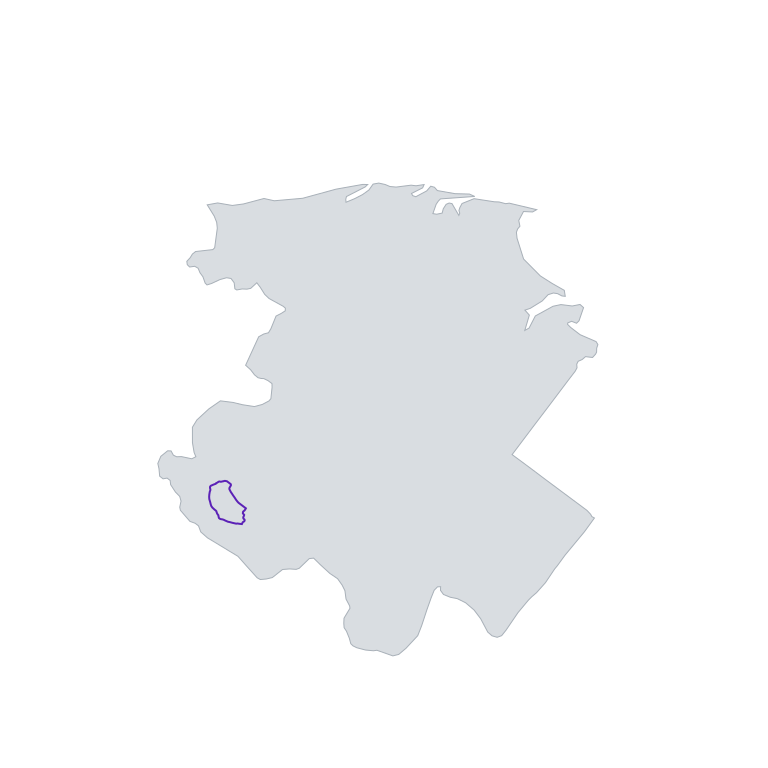 location of Djouori-Agnili, Haut-Ogooué, Gabon, rotated 127°
{"feature_id": "22940354B21948278538135", "entity_name": "Djouori-Agnili", "entity_type": "district", "adm_level": 2, "iso_a3": "GAB", "parent_name": "Gabon", "parent_adm1": "Haut-Ogooué", "projection": "orthographic", "projection_center": [13.959, -1.472], "detail": "fine", "context": "in_parent", "style": "outline", "palette": "violet", "viewbox_px": 768, "rotation_deg": 127, "n_neighbors": 0, "source": "geoboundaries", "source_scale": "gbopen_adm2", "svg_char_len": 4584}
<svg xmlns="http://www.w3.org/2000/svg" viewBox="0 0 768 768"><g transform="rotate(127 384 384)"><path d="M520.1,146.2L519.7,151.8L513.3,165.5L510.3,176.0L509.6,187.2L511.3,196.3L514.4,202.7L516.3,209.8L514.8,214.7L511.8,216.8L513.8,219.2L518.5,219.8L526.3,217.7L538.4,213.9L554.3,208.5L564.7,205.6L581.9,207.4L591.1,209.5L595.8,213.3L600.9,229.4L603.4,231.9L607.6,238.7L611.0,247.0L611.8,251.2L611.4,254.2L607.9,258.7L604.0,265.2L602.6,269.2L599.3,272.1L595.1,275.0L583.6,276.2L581.9,277.9L578.6,284.9L572.6,290.8L569.8,296.4L567.4,303.9L567.9,313.1L566.6,326.4L565.4,335.4L568.4,338.6L582.2,340.8L584.9,342.6L588.5,348.1L593.2,353.4L605.8,356.7L610.6,360.7L614.6,365.1L615.1,368.7L612.3,383.1L609.5,397.0L610.6,407.6L611.6,417.7L613.1,432.4L612.4,441.3L608.9,446.8L608.9,451.1L610.5,456.3L607.4,470.6L605.3,473.0L599.7,475.6L596.7,479.5L595.8,485.5L592.8,493.8L589.7,496.8L589.7,500.6L592.7,503.4L592.6,507.7L587.0,512.8L583.6,516.8L576.1,518.7L567.6,516.6L565.6,513.8L567.6,509.4L566.9,505.8L563.9,502.1L559.4,492.5L555.3,490.5L553.0,494.4L546.1,501.7L533.8,511.0L525.2,511.8L509.3,508.9L495.9,504.5L489.6,493.5L485.7,484.5L480.0,473.9L473.6,468.9L466.8,465.7L463.8,465.5L454.0,471.4L451.1,473.7L451.1,478.6L452.0,483.2L453.5,485.4L454.8,488.4L454.6,493.0L452.9,499.1L452.3,505.8L421.7,512.5L416.4,510.1L412.6,507.1L407.9,507.6L394.7,511.1L389.8,508.7L385.0,506.9L382.8,508.4L382.6,511.3L384.9,527.2L384.2,533.2L381.2,541.1L379.7,546.5L387.8,548.0L390.7,550.5L393.5,554.5L397.5,558.2L397.7,560.4L393.3,564.6L391.8,569.7L393.9,573.7L399.4,577.9L407.5,582.2L411.4,585.0L411.0,587.6L407.3,593.2L405.9,597.9L403.4,602.1L403.9,606.0L407.5,609.6L407.1,612.9L404.7,615.3L399.7,614.8L395.5,615.2L391.6,614.2L379.7,601.6L377.1,601.2L359.9,610.9L355.6,614.9L352.1,620.6L347.3,633.0L339.5,625.8L332.7,612.6L324.8,604.6L308.1,591.5L303.7,581.9L284.6,560.7L257.3,539.6L237.5,521.2L234.5,517.1L237.9,517.6L256.9,526.8L259.5,525.7L261.7,523.7L253.5,518.9L245.6,515.1L238.2,512.8L230.9,513.0L226.7,509.1L224.0,503.2L222.7,498.1L219.4,492.8L208.9,482.0L206.4,477.7L200.6,472.0L204.1,471.2L215.3,476.7L216.3,474.5L215.3,471.3L204.1,466.1L197.9,465.7L196.5,462.1L197.4,457.8L189.3,441.9L180.9,430.1L179.6,424.4L202.2,450.3L205.2,450.7L209.1,450.5L218.5,447.5L216.7,444.1L212.5,440.4L208.4,442.1L203.1,442.5L200.3,440.9L199.0,438.3L204.3,425.7L202.0,426.3L200.3,428.6L197.4,429.6L192.9,430.3L181.8,423.6L172.0,405.4L169.4,401.7L166.8,395.4L164.2,392.8L152.9,367.0L157.2,368.9L162.3,376.4L172.3,374.8L176.2,370.4L179.6,370.6L183.1,369.6L187.5,365.5L200.2,347.7L203.6,324.2L202.5,310.3L200.7,296.4L204.9,292.0L206.6,294.9L207.4,299.8L209.4,303.5L213.9,306.7L222.4,307.6L235.5,312.7L240.2,315.9L241.5,309.4L256.5,303.8L252.0,301.8L238.6,304.1L220.2,295.8L214.1,290.5L208.4,280.6L202.5,275.3L202.9,270.6L216.1,266.3L219.6,266.8L221.0,271.9L224.6,274.0L225.9,273.3L226.5,268.9L226.6,257.1L222.5,240.1L223.8,236.9L227.4,235.7L230.6,233.4L232.9,233.0L237.3,233.4L239.6,237.3L240.8,239.5L245.3,240.5L249.0,242.6L252.2,242.0L254.9,239.6L258.8,239.0L270.8,239.1L281.7,239.1L303.4,239.1L325.1,239.2L346.9,239.2L363.3,239.2L363.2,229.6L363.1,214.6L363.1,196.9L363.0,180.0L362.9,164.3L362.8,145.8L363.7,140.5L364.8,138.3L364.4,135.3L381.3,135.0L411.7,136.4L425.0,136.2L428.8,136.4L445.5,135.5L458.9,136.6L464.7,137.9L469.8,138.6L486.0,139.4L507.0,138.4L514.2,138.6L518.2,141.2L520.1,146.2Z" fill="#d9dde1" stroke="#a8b0b8" stroke-width="1"/><path d="M581.4,413.2L580.9,413.3L579.6,413.6L579.0,413.5L578.6,413.3L577.8,413.0L577.0,413.1L576.2,413.8L576.1,414.9L575.7,415.8L574.9,416.3L573.7,416.5L572.7,416.9L572.5,417.6L572.3,418.8L571.1,419.6L570.1,419.6L569.0,419.3L567.8,419.3L566.4,419.5L566.4,427.1L566.4,428.7L566.1,430.3L565.8,431.4L565.5,432.5L565.0,433.8L564.4,435.5L564.1,436.5L563.6,438.0L563.0,439.6L562.5,441.2L561.1,444.1L560.3,444.8L559.4,445.0L558.1,445.1L556.8,445.4L556.2,446.2L556.2,448.2L556.2,450.9L556.9,452.4L557.5,453.2L558.3,453.7L559.0,454.4L559.7,454.9L560.4,455.7L560.8,456.6L561.3,457.1L562.2,457.5L563.4,457.9L564.2,458.4L564.9,458.3L565.8,458.9L566.9,459.6L567.6,460.0L568.5,460.5L569.6,461.1L570.6,461.1L571.2,460.8L571.9,460.2L572.6,459.3L573.3,458.8L574.9,458.3L575.9,457.8L577.4,457.0L579.4,455.7L581.1,454.2L582.8,451.9L584.6,449.7L585.5,448.3L586.0,446.6L586.3,443.7L586.3,442.3L586.5,441.3L587.0,440.7L587.9,439.3L588.3,438.1L588.5,437.3L589.0,436.8L589.9,435.8L590.4,435.0L590.4,433.9L590.1,432.9L589.4,431.7L588.9,430.3L588.6,428.6L587.9,425.7L587.2,424.3L586.0,421.3L584.5,418.0L583.6,417.1L582.7,415.4L581.4,413.2Z" fill="none" stroke="#5b21b6" stroke-width="2"/></g></svg>